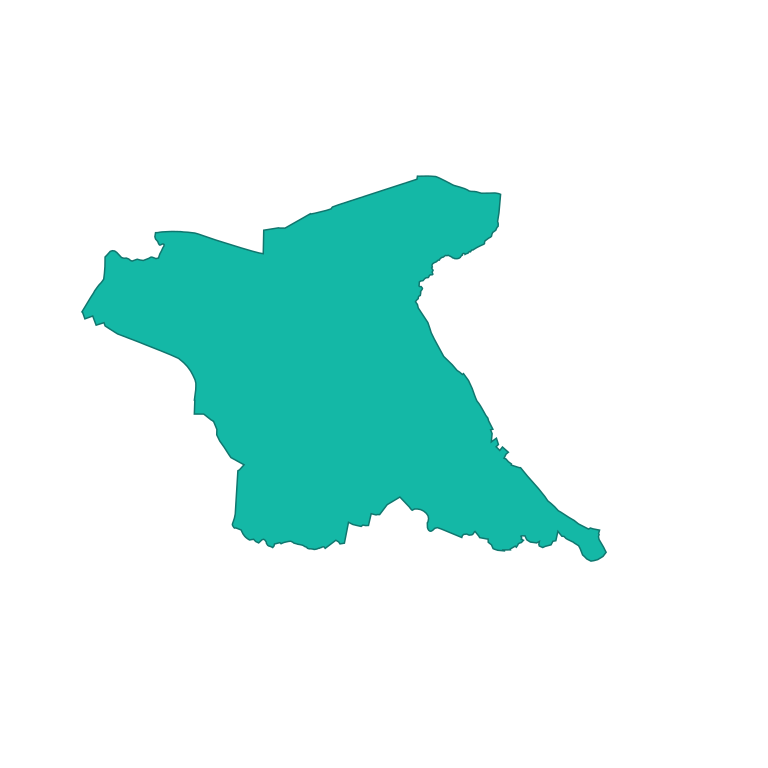 the district of Santa Isabel Cholula, Puebla, Mexico, rotated 324°
{"feature_id": "50627088B13237114427386", "entity_name": "Santa Isabel Cholula", "entity_type": "district", "adm_level": 2, "iso_a3": "MEX", "parent_name": "Mexico", "parent_adm1": "Puebla", "projection": "orthographic", "projection_center": [-98.379, 18.968], "detail": "fine", "context": "isolated", "style": "filled", "palette": "teal", "viewbox_px": 768, "rotation_deg": 324, "n_neighbors": 0, "source": "geoboundaries", "source_scale": "gbopen_adm2", "svg_char_len": 6171}
<svg xmlns="http://www.w3.org/2000/svg" viewBox="0 0 768 768"><g transform="rotate(324 384 384)"><path d="M446.3,210.5L444.0,211.2L439.2,209.6L428.4,205.2L424.4,203.3L423.7,203.1L423.9,202.9L395.4,199.7L395.0,199.3L392.1,197.2L390.7,196.0L390.5,195.7L377.1,188.9L362.9,207.6L361.4,206.1L360.0,204.6L355.5,199.1L348.7,190.3L332.5,168.6L321.9,153.5L319.7,150.7L314.6,146.0L311.3,143.3L308.9,141.1L302.7,136.4L300.1,134.6L293.8,130.5L292.0,129.5L289.9,128.5L288.1,127.3L285.2,130.2L284.4,132.4L284.7,135.7L284.1,138.0L284.1,139.6L285.0,140.2L286.2,140.3L287.5,140.7L288.1,141.8L287.1,143.0L285.0,143.9L282.2,145.5L279.1,147.0L275.6,149.5L273.2,148.5L272.0,146.6L270.8,144.9L269.8,144.3L267.6,144.1L261.9,142.6L259.6,140.4L257.7,138.0L252.5,136.5L251.6,135.2L251.0,132.9L249.6,130.7L247.5,129.4L246.0,127.4L245.1,120.4L244.3,118.1L242.6,116.5L240.5,115.8L235.9,116.8L233.0,117.3L227.3,124.9L222.8,130.2L218.9,134.4L216.7,135.2L214.6,135.8L211.8,136.3L209.1,137.1L204.6,138.6L202.6,139.6L197.4,141.6L182.0,148.1L182.3,148.7L180.3,155.5L188.3,157.8L185.7,167.2L193.5,169.8L192.5,173.1L194.7,178.9L197.9,186.9L210.0,205.5L214.9,213.3L221.2,223.2L228.6,235.1L232.9,242.6L234.5,249.1L235.2,254.2L235.2,259.8L234.6,264.4L233.6,269.5L232.3,272.7L230.6,275.1L228.2,278.1L221.1,285.6L221.4,285.9L221.3,286.1L212.9,296.8L220.5,302.4L223.1,311.7L223.5,312.3L223.8,313.5L224.2,313.8L222.1,322.5L218.8,326.8L217.6,333.6L217.5,341.4L217.0,349.8L216.9,353.5L223.3,367.1L216.6,368.5L214.8,368.3L187.2,401.8L184.1,404.6L180.9,406.9L179.3,408.0L178.6,408.7L178.3,409.8L178.2,411.6L178.3,412.6L179.6,413.4L182.6,418.1L182.1,420.6L182.0,421.4L181.8,422.2L181.8,423.2L181.8,425.2L182.0,426.7L182.6,428.9L183.5,431.1L184.8,431.8L185.6,432.1L186.4,432.6L187.3,433.0L187.5,435.1L187.7,436.2L189.2,438.9L193.8,438.3L195.4,438.9L195.9,440.1L195.9,442.5L195.2,443.9L195.1,446.2L195.6,447.4L196.5,448.5L197.3,449.8L197.8,450.9L199.8,450.4L201.3,449.1L206.5,451.1L206.8,452.7L208.4,453.0L210.2,453.5L213.9,455.1L215.9,456.2L216.2,456.5L216.7,457.4L217.0,458.0L217.3,458.6L217.5,459.6L218.1,460.4L219.1,461.6L220.1,463.0L221.5,464.4L222.5,465.5L223.6,466.9L224.4,469.0L225.5,470.6L225.5,471.9L226.6,473.4L227.5,474.0L228.4,474.8L228.6,474.9L229.1,475.5L229.8,476.1L230.1,476.7L230.9,477.2L232.0,477.7L232.6,478.0L233.4,478.2L234.7,478.5L235.4,479.0L236.1,479.0L236.7,479.2L237.3,479.5L237.9,479.5L238.6,479.7L239.2,480.0L239.7,480.5L239.8,480.9L239.8,482.4L253.2,482.1L254.5,485.1L254.4,487.5L258.4,489.5L274.0,475.0L276.2,479.3L278.8,482.4L281.8,485.8L284.0,485.7L286.0,487.8L288.3,489.3L297.4,481.4L299.9,484.4L300.7,485.3L301.6,485.5L303.7,487.1L312.3,484.5L314.9,483.7L315.8,483.5L330.4,484.8L332.2,498.3L332.2,500.1L332.3,501.6L332.6,502.7L335.3,503.1L337.6,504.8L339.8,507.1L341.4,510.1L342.2,513.4L342.2,516.4L341.0,519.0L338.8,521.2L337.4,521.8L334.7,525.8L334.3,527.3L334.2,528.6L334.6,529.9L335.4,530.7L337.3,531.0L340.3,530.6L342.8,531.6L345.2,535.1L356.7,553.9L358.2,552.8L360.0,552.5L362.7,554.0L364.0,556.3L366.5,557.7L367.9,557.7L370.5,556.7L371.0,556.8L371.3,563.1L371.1,564.5L375.9,569.6L377.1,570.7L375.3,573.3L376.4,577.3L375.5,581.3L376.2,582.5L378.3,585.4L383.9,590.3L381.9,587.6L388.8,592.5L389.1,591.7L394.8,592.3L395.1,593.8L396.9,593.2L398.7,592.3L399.8,592.3L402.0,593.0L405.0,592.4L403.8,590.2L404.9,589.6L405.3,587.6L406.2,587.8L408.8,589.7L408.2,592.4L408.0,594.2L409.5,597.9L414.1,602.3L417.2,602.7L415.0,604.7L414.4,606.3L416.3,609.6L418.9,610.1L424.6,612.3L428.2,610.5L430.9,611.8L438.1,605.4L438.4,611.7L440.1,613.2L440.4,615.8L441.0,617.3L444.3,623.5L444.4,624.3L446.4,629.2L445.9,632.6L444.2,639.0L444.8,641.8L445.2,644.7L447.3,648.9L450.0,650.3L453.7,651.7L458.3,652.1L459.9,652.2L464.8,650.7L465.2,648.0L465.7,645.2L466.6,636.1L467.9,633.4L469.5,632.3L469.7,631.1L472.5,628.9L468.0,624.1L466.3,621.8L464.2,621.6L459.1,611.5L458.6,609.7L457.7,606.4L455.1,600.4L451.8,591.8L450.5,588.9L449.9,583.6L449.0,579.3L447.8,574.7L448.0,569.9L447.5,559.2L446.9,553.1L445.9,542.6L445.3,532.0L444.2,531.1L439.3,524.4L440.1,523.6L438.9,519.9L438.6,516.3L437.5,514.6L441.5,512.5L444.5,512.3L442.8,504.6L438.6,505.8L437.8,500.7L441.0,500.2L443.1,493.9L436.8,493.9L442.3,487.7L443.3,483.7L445.5,484.6L446.1,480.8L447.0,475.2L448.0,472.6L447.9,469.4L448.5,464.6L449.1,459.1L449.3,456.0L449.2,452.3L449.9,449.2L450.6,446.6L452.7,439.5L454.4,430.9L454.4,422.3L453.0,422.4L452.2,419.0L451.1,416.0L450.5,408.4L450.0,405.6L448.5,396.8L451.1,377.1L452.3,370.3L453.6,366.5L455.6,360.1L456.4,342.6L457.8,339.3L457.8,336.0L459.7,335.3L461.8,335.1L462.8,333.9L463.7,333.5L464.7,333.5L465.2,333.7L465.4,333.7L465.8,333.4L466.2,332.9L467.4,331.8L467.5,331.0L468.2,330.7L469.4,330.2L470.4,329.9L471.3,329.3L471.4,328.9L471.3,327.0L470.7,326.6L470.0,325.9L470.0,325.1L470.5,324.7L471.4,323.6L472.6,322.2L474.1,322.2L476.3,323.3L479.0,322.7L480.4,322.8L482.4,323.9L482.6,323.9L483.6,323.4L484.6,322.9L485.9,323.0L487.0,323.9L487.9,324.0L488.1,323.8L488.4,322.8L488.7,321.7L490.4,321.0L490.6,320.7L490.6,319.1L490.8,318.0L491.9,317.8L492.1,317.1L492.7,316.0L494.1,315.3L496.0,315.4L498.3,315.9L499.8,315.7L500.9,315.7L501.6,316.3L503.0,315.6L503.8,315.7L504.8,315.4L506.0,316.0L506.7,316.2L508.4,316.1L509.4,316.2L510.4,317.2L511.6,317.6L513.4,321.0L513.6,322.2L514.4,323.1L514.8,324.0L515.6,324.7L516.8,325.6L518.4,326.3L520.2,326.4L520.9,326.0L522.3,325.7L523.1,325.8L523.4,325.2L524.4,324.9L525.4,325.3L525.9,326.1L525.7,326.8L526.5,326.8L528.9,327.5L529.9,327.2L531.0,327.1L531.7,327.9L532.1,327.7L533.4,327.3L534.0,327.3L534.6,327.8L534.9,327.9L536.1,327.9L539.5,328.2L543.1,328.8L547.0,329.6L547.8,329.5L548.6,328.4L550.1,327.5L551.1,327.6L554.3,327.5L556.4,327.8L557.7,327.7L559.6,326.1L561.0,325.3L564.8,325.3L566.4,324.3L567.6,323.7L569.0,323.5L570.3,321.9L570.9,320.9L571.4,319.3L577.6,313.1L589.8,299.1L588.6,297.3L586.8,295.4L585.8,294.5L582.1,292.0L574.9,286.9L571.9,283.0L570.4,281.5L567.5,279.2L566.9,278.5L566.3,277.8L565.5,275.9L564.1,273.4L561.2,269.4L557.2,264.3L556.4,262.8L552.9,255.7L549.9,250.0L548.4,247.5L547.7,246.5L544.4,243.7L541.5,241.4L540.2,240.5L534.5,236.5L533.2,235.5L531.0,237.7L452.6,212.3L446.3,210.5Z" fill="#14b8a6" stroke="#0f766e" stroke-width="1.5"/></g></svg>